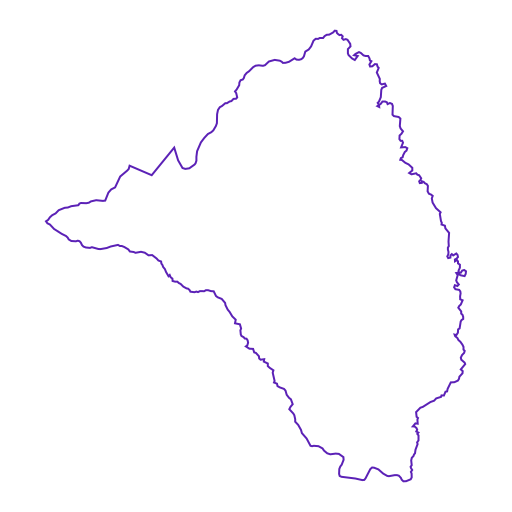 Lucas do Rio Verde, Mato Grosso, Brazil
{"feature_id": "56859067B78400349800715", "entity_name": "Lucas do Rio Verde", "entity_type": "district", "adm_level": 2, "iso_a3": "BRA", "parent_name": "Brazil", "parent_adm1": "Mato Grosso", "projection": "orthographic", "projection_center": [-56.167, -13.048], "detail": "fine", "context": "isolated", "style": "outline", "palette": "violet", "viewbox_px": 512, "rotation_deg": 0, "n_neighbors": 0, "source": "geoboundaries", "source_scale": "gbopen_adm2", "svg_char_len": 6005}
<svg xmlns="http://www.w3.org/2000/svg" viewBox="0 0 512 512"><path d="M379.0,105.0L377.7,102.9L378.9,101.7L380.8,97.2L381.3,89.8L382.1,87.9L386.2,86.0L384.9,83.6L381.7,84.4L380.1,83.2L379.7,81.2L379.8,78.9L376.8,72.5L378.7,67.9L377.6,66.7L376.9,64.3L374.9,64.1L372.3,66.3L370.1,66.5L369.4,64.5L371.4,61.2L369.9,60.4L369.5,58.4L368.2,56.0L365.6,56.0L363.5,55.4L360.9,53.0L359.0,52.1L355.5,53.9L354.1,55.2L357.7,56.0L354.8,60.0L352.1,58.5L348.6,55.1L347.9,53.4L347.9,49.1L350.5,46.4L350.2,43.8L347.5,39.8L345.8,39.1L343.5,39.8L342.0,38.2L342.7,36.3L341.2,34.8L339.5,35.1L338.1,34.1L336.9,32.9L336.5,30.9L334.7,30.7L333.2,32.4L329.3,34.6L326.7,34.8L324.6,36.1L323.1,38.0L319.7,38.0L318.1,38.9L315.7,38.8L313.5,40.7L311.1,46.4L308.7,49.5L305.3,51.6L303.9,56.4L302.7,58.1L301.2,59.2L299.0,59.8L296.5,59.6L294.6,58.3L289.0,61.8L285.5,62.8L282.9,62.9L281.7,61.7L279.8,60.7L274.7,59.9L268.9,61.5L265.0,65.2L263.0,65.8L258.8,65.3L255.6,65.7L253.2,67.1L249.0,71.3L246.7,72.9L244.7,75.3L243.8,78.1L242.8,79.5L240.6,80.2L239.4,82.5L239.2,85.2L236.6,89.6L235.0,91.4L236.2,93.1L237.2,97.4L236.1,98.7L233.5,98.9L231.4,101.1L229.6,101.5L226.9,103.2L225.3,103.2L222.0,106.0L219.8,107.2L218.0,109.9L217.1,114.2L216.9,123.2L215.9,126.0L213.3,130.4L211.3,132.2L207.9,134.0L204.3,137.9L200.9,142.4L197.1,151.2L196.4,156.8L196.4,160.7L195.5,163.4L194.5,164.6L189.3,168.3L185.3,168.9L182.5,168.0L178.1,160.3L174.2,147.6L151.7,175.2L129.6,165.7L128.7,169.0L127.2,170.6L120.2,176.5L115.1,187.4L111.2,189.4L108.4,192.6L105.2,200.6L102.9,200.9L96.2,200.2L90.9,201.4L88.9,202.7L86.3,203.2L81.0,203.0L79.4,203.6L78.4,205.2L71.2,206.2L67.9,207.5L64.7,207.8L58.7,210.2L55.6,213.4L52.2,215.2L49.9,217.3L48.1,219.9L46.0,221.3L47.4,223.3L49.9,224.5L54.1,229.0L61.8,233.9L66.0,236.0L67.7,237.6L68.7,239.4L71.3,241.0L75.9,241.3L77.8,240.7L79.5,241.2L80.8,242.6L82.0,245.1L83.5,246.6L85.9,247.5L90.0,247.9L91.9,247.2L98.4,249.0L100.5,249.1L106.8,248.0L110.7,246.5L118.0,244.9L119.9,246.0L121.8,246.0L124.3,247.0L128.3,249.4L129.9,251.5L133.7,252.0L135.5,252.8L141.0,251.8L144.8,252.7L148.5,255.3L152.2,255.1L156.6,258.5L158.4,260.5L161.1,261.5L161.4,263.6L162.5,265.1L163.1,266.9L164.9,269.1L166.0,271.9L168.5,276.2L169.7,275.0L170.6,277.2L172.4,278.6L172.6,281.0L175.3,281.7L177.4,281.7L178.9,283.1L180.6,283.9L183.3,286.6L186.5,288.4L188.1,288.7L189.6,290.1L190.4,291.7L194.5,292.2L196.4,291.6L198.0,292.1L200.0,291.1L204.2,291.2L205.9,290.2L208.1,290.2L210.9,291.1L213.7,291.3L216.0,296.0L217.7,297.3L221.7,298.9L225.1,302.9L225.5,305.2L227.7,309.6L229.6,311.9L232.3,316.4L235.7,319.7L235.0,323.3L239.9,324.3L241.1,328.5L240.4,330.3L240.8,334.5L241.5,336.0L243.7,337.2L244.7,338.5L246.5,338.7L247.6,340.3L248.1,342.7L247.3,345.4L245.9,346.4L249.4,348.7L253.1,348.9L254.2,352.4L255.9,352.9L258.9,356.2L259.2,358.5L260.6,359.7L264.2,359.2L263.8,361.6L267.8,363.5L267.8,366.1L269.8,367.9L273.4,370.3L272.7,372.7L274.6,381.0L274.0,382.5L277.0,383.7L277.5,386.1L279.8,387.4L284.0,388.9L285.5,390.6L286.7,394.8L289.1,397.9L290.9,399.3L292.7,404.2L290.5,406.8L289.3,409.2L293.3,413.5L294.3,415.2L295.2,419.2L295.2,421.7L298.2,424.9L301.0,429.9L301.9,433.1L306.6,438.5L310.5,445.8L312.1,446.2L313.8,445.8L318.5,446.2L322.5,448.4L324.0,450.6L327.2,453.3L330.3,454.3L335.7,453.6L338.9,453.9L343.4,457.1L343.6,459.8L341.7,464.7L340.3,466.5L339.3,469.0L339.1,473.9L339.7,476.0L341.5,476.8L355.3,478.5L362.4,480.1L364.3,479.9L365.5,478.4L370.3,469.1L372.1,467.5L374.1,467.7L378.4,469.4L383.2,473.6L387.2,475.9L388.9,476.2L394.9,475.1L396.9,475.1L398.9,475.7L400.9,477.9L401.7,479.7L403.4,481.3L406.1,481.2L410.7,479.3L411.7,477.4L411.6,473.5L410.9,471.9L412.2,470.0L411.1,468.3L410.6,466.8L411.7,465.2L411.2,460.4L411.8,457.8L413.5,456.0L414.0,454.5L415.0,453.3L415.5,449.7L417.6,444.1L417.1,442.4L418.5,440.4L418.5,435.4L417.3,433.9L418.4,432.6L416.3,431.5L417.2,429.7L416.5,428.1L414.7,426.5L412.9,426.4L415.4,423.4L417.7,423.7L417.4,419.6L418.0,418.0L416.6,416.8L416.1,412.1L420.4,407.7L422.8,406.9L430.5,402.0L434.1,400.7L436.2,398.4L441.0,396.9L441.5,395.4L443.9,395.5L445.5,391.7L447.1,391.4L447.6,388.9L450.8,382.4L454.4,382.2L457.9,380.6L459.0,378.8L459.4,376.7L462.5,373.3L462.7,371.1L460.8,369.4L465.2,364.1L464.6,362.6L461.3,359.7L460.8,357.7L462.0,355.1L464.1,352.9L464.7,350.9L463.5,349.6L463.5,346.9L462.5,344.8L460.4,341.8L458.4,340.0L457.4,338.0L455.2,336.2L454.6,334.6L456.4,335.0L457.9,332.7L458.1,329.4L459.6,328.4L460.7,321.5L461.6,320.0L463.2,319.0L463.2,316.9L462.5,314.8L461.2,313.6L461.2,311.4L458.3,307.7L459.2,306.0L460.8,304.5L462.6,300.3L460.2,299.3L460.1,296.2L460.6,293.4L460.3,291.4L459.2,289.9L455.4,289.2L454.1,287.3L454.9,285.2L457.4,286.0L458.8,284.5L456.9,282.2L456.2,280.4L457.7,275.1L456.3,273.0L458.7,272.6L458.6,270.5L459.9,267.7L459.9,264.7L458.0,263.4L458.0,261.4L457.0,260.1L455.0,261.3L454.9,259.5L456.6,258.6L458.0,257.0L457.5,254.9L456.3,253.5L453.2,255.4L451.8,254.1L450.5,255.4L450.4,257.6L448.2,258.1L447.3,256.4L448.3,254.4L448.5,252.0L447.9,249.6L447.9,247.6L448.8,246.1L448.5,241.6L449.1,232.9L445.4,228.4L444.9,225.7L441.5,224.5L441.8,222.8L441.0,221.1L439.8,213.9L440.6,212.3L436.0,208.2L432.6,202.6L431.8,198.4L432.7,195.9L431.1,194.6L428.9,193.7L427.6,191.3L427.9,185.9L426.8,184.2L424.8,183.2L423.7,181.9L422.0,181.3L421.8,182.9L419.8,183.1L419.2,181.3L420.4,180.1L421.2,178.3L419.1,175.2L417.4,174.7L416.2,173.3L411.5,174.3L409.2,173.0L412.3,170.5L412.3,167.8L408.6,164.4L405.3,162.8L401.9,160.0L400.3,159.8L400.9,158.1L402.6,157.3L403.2,155.1L404.8,152.0L406.5,150.6L407.3,148.2L405.3,147.1L401.1,147.4L403.0,142.7L402.2,140.8L400.6,140.8L399.4,139.1L399.6,135.5L401.5,133.7L403.0,131.3L400.6,128.5L399.8,126.1L400.4,118.6L398.7,117.0L393.9,116.1L392.5,114.7L392.8,106.0L392.0,103.9L389.9,103.0L387.6,104.1L386.9,102.3L385.1,101.5L382.5,101.5L380.7,103.9L379.0,105.0ZM379.0,105.0L379.2,107.0L377.4,106.1L379.0,105.0ZM458.7,272.6L459.3,274.5L460.7,275.3L464.6,276.1L465.7,273.9L466.0,271.3L464.2,270.0L462.2,270.6L460.8,272.7L458.7,272.6Z" fill="none" stroke="#5b21b6" stroke-width="2"/></svg>